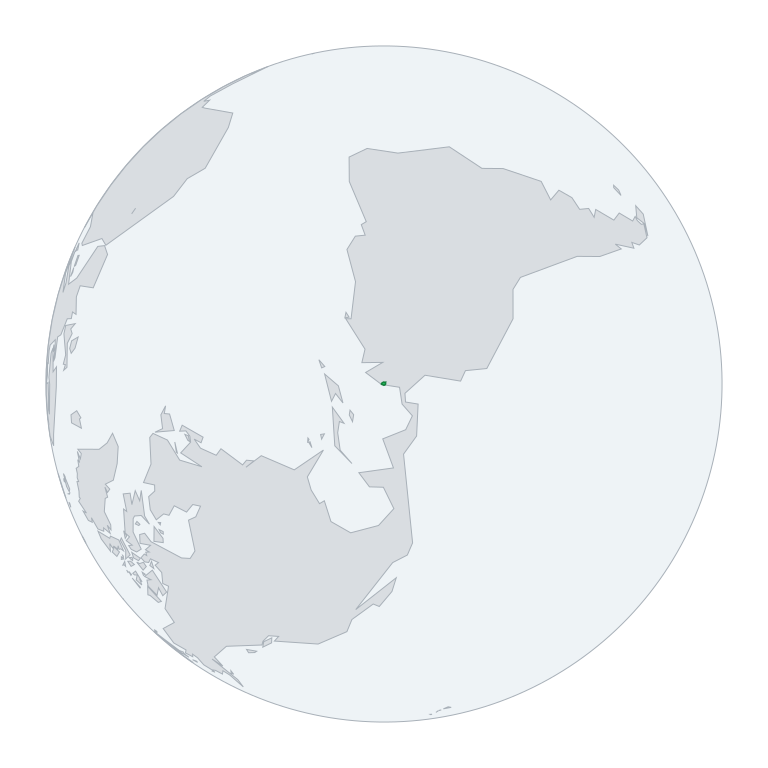 Atlántico highlighted on a globe, orthographic projection, rotated 241°
{"feature_id": "COL-1412", "entity_name": "Atlántico", "entity_type": "Department", "adm_level": 1, "iso_a3": "COL", "parent_name": "Colombia", "parent_adm1": "", "projection": "orthographic", "projection_center": [-75.051, 10.678], "detail": "fine", "context": "on_globe", "style": "filled", "palette": "green", "viewbox_px": 768, "rotation_deg": 241, "n_neighbors": 0, "source": "natural_earth", "source_scale": "10m", "svg_char_len": 8853}
<svg xmlns="http://www.w3.org/2000/svg" viewBox="0 0 768 768"><g transform="rotate(241 384 384)"><circle cx="384" cy="384" r="338" fill="#eef3f6" stroke="#a8b0b8"/><path d="M365.7,397.8L357.8,394.1L349.9,404.1L322.7,387.3L313.2,367.1L231.2,332.0L223.1,321.5L223.6,305.0L200.4,249.9L208.6,300.8L198.7,290.4L191.7,272.0L196.8,267.9L193.6,241.8L185.4,231.5L188.5,200.3L212.3,163.5L214.3,169.5L219.8,161.0L217.7,153.4L214.9,150.7L231.0,119.0L227.6,103.3L215.4,106.3L226.8,100.3L196.3,112.8L187.3,114.1L204.3,108.0L211.3,104.1L208.6,102.1L215.2,97.8L217.6,94.8L225.8,90.2L235.0,88.2L240.5,85.6L238.2,84.5L245.0,80.0L247.4,81.9L259.4,74.6L277.2,72.3L277.1,85.0L293.7,83.6L311.6,97.5L316.8,93.8L326.9,98.2L336.5,96.0L337.1,100.2L344.3,95.0L342.0,91.6L344.4,88.5L349.8,87.2L351.5,91.9L349.0,93.3L352.4,94.1L350.9,97.2L354.7,95.0L356.1,101.6L362.9,93.4L370.8,97.3L369.5,102.3L359.0,103.8L330.0,122.6L325.4,129.9L329.6,137.7L359.7,147.0L359.1,155.0L366.1,164.3L371.3,158.3L367.7,149.2L379.2,141.5L373.4,132.3L377.2,128.3L375.6,119.0L387.3,118.6L399.6,123.6L401.5,131.6L406.9,134.4L414.4,125.9L426.9,141.4L450.8,153.2L452.8,158.0L440.0,167.4L416.5,168.4L399.9,184.6L422.3,172.8L426.9,186.7L432.5,188.9L439.0,188.0L441.8,182.4L445.8,187.5L425.2,200.0L421.3,195.5L427.8,191.3L416.8,192.4L403.0,202.7L406.4,210.0L381.8,221.1L384.0,226.8L379.8,233.0L378.1,222.9L380.8,241.9L352.4,263.9L355.6,299.0L339.9,271.9L326.6,268.9L310.6,269.6L310.8,275.2L289.4,270.9L270.0,282.7L262.9,310.6L270.2,332.2L294.0,333.4L301.1,321.4L318.6,319.0L306.0,351.6L336.6,356.3L333.5,380.8L342.4,393.4L357.7,390.1L373.6,396.0L384.8,381.6L403.0,373.5L403.5,393.4L413.4,375.0L423.7,384.3L459.6,382.2L457.0,386.8L487.3,408.7L519.6,416.8L527.2,430.6L523.3,439.7L534.4,441.4L534.6,447.2L577.9,451.8L599.4,463.5L598.2,483.4L579.2,508.1L559.8,556.1L525.1,574.2L514.7,592.6L485.0,619.7L464.2,619.0L468.7,630.9L455.9,638.7L441.9,639.8L438.3,648.1L427.9,648.6L434.0,653.8L415.9,664.5L419.5,672.6L406.0,680.5L408.8,684.9L404.1,684.8L398.9,686.5L398.1,688.9L384.4,684.9L381.8,674.7L387.7,669.4L381.6,668.4L394.2,654.1L387.1,657.0L390.9,634.5L402.0,614.8L411.1,555.0L404.2,542.7L378.5,528.5L347.7,481.4L356.2,461.7L349.4,452.4L371.8,424.1L365.7,397.8ZM68.6,286.0L71.1,278.4L70.6,283.6L68.6,286.0ZM72.0,273.5L71.2,276.1L71.7,273.9L72.0,273.5ZM71.9,271.7L71.9,273.0L71.6,272.3L71.9,271.7ZM71.5,270.3L71.8,270.8L71.7,271.0L71.5,270.3ZM353.8,311.0L388.8,327.6L369.0,330.0L372.8,326.8L363.9,319.9L347.4,313.6L330.0,317.4L353.8,311.0ZM71.9,265.9L72.1,264.6L72.7,264.2L71.9,265.9ZM369.4,291.3L363.3,290.1L369.3,289.9L369.4,291.3ZM212.6,150.4L216.9,153.9L216.4,162.8L212.1,160.2L212.6,150.4ZM214.6,135.3L218.5,135.1L212.0,143.1L211.8,140.7L214.6,135.3ZM205.2,110.1L207.5,111.1L203.0,111.8L205.2,110.1ZM216.6,95.2L213.8,96.5L216.3,94.5L216.6,95.2ZM369.3,120.0L372.4,119.5L371.1,121.5L369.3,120.0ZM365.7,116.7L362.0,119.3L359.7,118.2L362.1,116.6L365.7,116.7ZM230.9,86.0L235.7,82.9L232.5,85.6L230.9,86.0ZM370.8,113.8L356.2,115.9L352.3,114.0L357.9,106.5L370.8,113.8ZM239.6,80.9L251.0,74.4L245.9,76.3L266.8,68.3L250.1,75.8L246.9,78.5L244.7,78.6L239.6,80.9ZM338.8,91.2L341.6,94.7L334.2,93.2L338.8,91.2ZM333.5,91.1L307.4,93.0L306.1,87.9L315.1,88.0L309.3,83.1L321.5,79.7L327.4,81.6L325.8,85.3L331.7,81.3L333.5,91.1ZM276.5,65.4L280.7,63.9L278.1,65.2L276.5,65.4ZM344.7,87.1L339.6,87.6L338.0,83.1L348.1,81.4L345.4,83.3L344.7,87.1ZM301.8,83.9L302.4,80.7L312.5,76.9L314.1,75.3L321.6,79.2L301.8,83.9ZM348.5,83.7L353.2,80.7L359.0,81.8L349.7,86.4L348.5,83.7ZM333.4,82.9L333.2,80.8L336.6,81.3L333.4,82.9ZM381.9,85.2L375.8,85.2L374.4,82.8L381.9,85.2ZM354.6,79.6L352.6,79.3L351.4,78.5L355.6,76.9L354.6,79.6ZM328.2,76.5L332.2,75.9L325.6,74.7L332.8,72.3L336.6,75.6L338.0,73.2L340.2,72.5L340.8,76.0L328.2,76.5ZM356.2,73.2L363.5,77.4L375.2,77.6L376.7,79.6L357.6,79.1L356.2,73.2ZM347.1,74.4L353.1,74.0L351.9,76.4L347.1,78.2L347.1,74.4ZM336.4,69.7L324.3,72.4L323.9,71.7L336.4,69.7ZM359.9,72.6L358.0,71.7L360.8,72.3L359.9,72.6ZM343.9,69.9L339.7,70.8L339.3,69.9L343.9,69.9ZM357.9,69.2L360.2,70.5L357.1,71.6L357.9,69.2ZM351.7,69.1L352.2,67.7L354.5,71.2L349.8,69.6L351.7,69.1ZM344.2,68.9L342.7,68.7L346.1,68.7L344.2,68.9ZM368.7,64.9L372.3,69.0L365.3,71.2L362.7,66.8L368.7,64.9ZM406.9,693.1L385.4,686.5L397.6,689.6L406.9,685.7L417.9,690.6L406.9,693.1ZM434.0,682.7L444.3,680.1L446.5,681.2L439.9,683.3L434.0,682.7ZM637.6,160.7L639.6,163.0L645.4,169.8L651.5,177.5L653.6,180.3L641.1,165.7L635.4,159.3L619.7,147.6L626.5,154.8L641.7,166.9L641.0,167.0L650.3,178.6L642.7,169.9L624.2,156.5L625.6,166.6L643.1,200.4L640.5,206.7L631.3,205.0L609.1,176.3L617.2,165.9L609.4,157.2L594.2,148.4L598.0,146.5L592.8,142.2L594.6,138.6L583.7,125.2L583.4,121.4L566.4,108.9L563.9,105.8L574.7,113.7L582.1,117.9L579.9,110.9L575.7,107.4L564.8,100.3L565.6,100.0L555.2,94.1L547.7,88.7L548.2,91.0L535.4,84.4L523.9,78.0L519.7,76.7L538.5,87.3L545.9,91.5L552.2,94.1L572.4,107.8L576.0,112.0L555.1,100.5L557.8,105.9L540.4,96.0L500.3,70.7L490.1,65.1L500.3,66.7L510.1,70.5L511.3,71.4L522.0,75.6L515.5,72.7L515.9,72.9L538.7,83.6L560.7,95.9L581.7,109.9L601.6,125.4L620.3,142.4L637.6,160.7ZM493.0,64.1L492.5,64.0L492.4,63.9L493.0,64.1ZM279.3,62.7L273.1,64.9L273.6,64.8L279.3,62.9L266.8,68.3L245.9,76.3L245.8,75.9L232.8,82.1L234.2,81.1L256.4,71.1L279.3,62.7ZM707.0,483.4L707.2,482.7L707.7,480.9L707.0,483.4ZM717.8,436.9L718.0,435.3L719.9,397.1L720.1,371.8L718.6,363.4L716.8,369.1L714.1,359.2L712.2,361.0L694.3,383.1L683.8,372.2L659.4,332.2L659.0,311.5L650.1,290.9L640.2,208.0L648.0,207.8L651.4,187.3L653.6,188.0L663.9,203.5L675.1,212.7L666.0,197.9L679.1,219.3L690.4,241.6L700.1,264.6L708.1,288.3L714.3,312.6L718.7,337.2L721.2,362.1L721.9,387.1L720.8,412.0L717.8,436.9ZM655.2,245.8L658.2,252.0L655.2,245.8ZM460.8,381.8L465.1,385.5L459.4,385.9L460.8,381.8ZM366.3,338.2L373.7,338.6L377.6,341.6L371.9,342.6L366.3,338.2ZM428.3,337.3L436.8,338.8L428.0,340.7L428.3,337.3ZM394.3,329.7L421.5,336.9L404.5,343.2L387.3,338.9L399.2,337.0L394.3,329.7ZM366.0,302.7L370.6,304.1L369.3,307.7L366.0,302.7ZM373.7,291.3L371.9,291.6L369.6,288.7L373.7,291.3ZM428.1,186.0L429.9,185.1L436.5,185.4L433.5,187.8L428.1,186.0ZM465.2,173.9L470.8,182.4L464.7,177.5L461.7,181.9L445.0,178.0L452.9,160.3L452.3,168.7L465.2,173.9ZM425.0,169.3L434.7,172.9L423.8,169.8L425.0,169.3ZM562.5,125.3L567.4,126.3L573.2,131.7L573.4,139.3L565.1,131.1L562.5,125.3ZM573.1,126.7L552.3,114.8L551.3,110.5L555.4,114.7L556.8,113.1L563.8,119.7L583.1,128.4L589.5,134.0L586.5,143.2L584.0,136.7L579.3,135.7L573.1,126.7ZM501.0,100.7L492.0,97.9L501.5,91.9L508.8,95.3L509.6,102.3L501.4,102.5L501.0,100.7ZM383.6,101.3L379.6,102.5L379.1,100.9L382.2,98.7L383.6,101.3ZM379.2,85.4L400.9,95.6L397.3,97.2L414.3,102.6L411.6,109.0L400.7,105.0L411.3,114.7L400.3,113.7L408.6,120.1L384.5,110.6L375.1,110.9L386.7,107.9L389.5,101.8L387.8,99.3L376.2,92.8L357.3,91.6L357.0,86.2L361.9,82.8L366.4,82.3L365.1,85.7L372.0,82.6L373.7,87.3L379.2,85.4ZM418.7,59.2L415.4,61.2L429.5,60.1L431.2,62.9L432.8,62.6L438.2,65.3L447.5,68.2L446.7,69.6L450.7,70.2L454.4,72.4L459.5,73.9L459.9,77.1L466.3,79.5L462.9,79.7L473.7,83.1L465.8,82.2L469.9,85.5L475.4,84.6L465.0,103.2L466.7,113.3L472.5,122.7L458.2,121.2L443.7,112.0L431.1,100.6L431.5,91.7L425.0,93.2L423.2,89.6L429.1,89.9L419.0,87.4L419.1,84.7L408.0,77.5L393.3,76.7L388.8,74.5L394.6,73.5L386.1,72.1L394.1,69.0L391.1,67.5L395.9,63.5L408.9,63.3L404.5,61.8L408.0,59.3L418.7,59.2ZM370.4,63.7L385.5,61.6L393.9,62.5L382.0,69.3L383.6,71.0L376.2,76.4L364.3,75.3L367.5,73.8L367.8,72.1L371.4,73.1L368.8,71.0L373.1,69.1L372.2,67.1L377.4,66.8L370.4,63.7ZM649.6,181.0L650.1,180.4L649.4,178.0L655.2,185.8L649.6,181.0ZM637.4,172.0L636.9,169.9L644.8,178.7L644.3,179.8L637.4,172.0ZM629.9,161.9L636.3,169.2L632.5,165.9L629.9,161.9ZM573.6,111.9L572.2,109.9L574.7,111.4L578.5,114.5L573.6,111.9ZM461.1,60.2L457.8,60.2L455.8,59.6L444.5,58.2L442.3,56.5L448.3,56.7L461.1,60.2ZM456.8,58.1L452.4,57.6L454.1,57.1L456.8,58.1ZM440.2,55.4L441.0,54.6L440.8,56.2L440.2,55.4ZM463.7,55.6L450.0,52.6L438.3,50.5L463.7,55.6ZM387.2,46.1L386.9,46.1L387.2,46.1ZM393.7,46.2L397.5,46.4L392.0,46.4L389.0,46.1L390.6,46.1L393.7,46.2ZM427.9,50.3L433.4,51.1L431.9,51.3L427.9,50.3ZM278.9,64.2L280.5,63.9L276.8,65.0L278.9,64.2ZM322.8,51.7L321.7,51.9L322.8,51.7Z" fill="#d9dde1" stroke="#a8b0b8" stroke-width="1"/><path d="M382.8,383.8L383.0,383.7L383.0,383.4L383.0,383.2L383.3,383.0L383.7,382.8L383.9,382.7L384.0,382.7L384.1,382.4L384.2,382.2L384.3,382.2L384.5,382.1L384.7,381.9L384.9,381.8L385.1,381.8L385.2,381.7L385.5,381.9L385.6,382.0L385.7,382.4L385.8,382.5L385.9,382.8L385.8,383.0L385.9,383.4L385.9,383.5L385.9,384.0L385.9,384.4L385.9,384.6L385.4,385.0L385.3,385.5L385.2,385.6L385.1,385.8L384.8,386.4L384.7,386.3L384.4,386.0L384.2,385.8L383.9,385.6L383.5,385.6L383.4,385.4L383.3,385.2L383.2,385.2L382.9,385.1L382.8,384.9L382.8,384.6L383.0,384.5L383.0,384.4L383.0,384.2L382.9,384.2L382.8,383.9L382.8,383.8Z" fill="#22c55e" stroke="#15803d" stroke-width="1.5"/></g></svg>